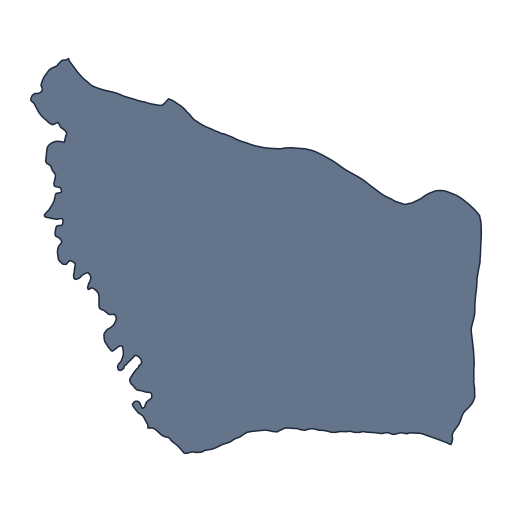 Chey Saen, Preah Vihéar, Cambodia (Equal Earth projection)
{"feature_id": "14789045B76871664968100", "entity_name": "Chey Saen", "entity_type": "district", "adm_level": 2, "iso_a3": "KHM", "parent_name": "Cambodia", "parent_adm1": "Preah Vihéar", "projection": "equal_earth", "projection_center": [105.306, 13.6], "detail": "fine", "context": "isolated", "style": "filled", "palette": "slate", "viewbox_px": 512, "rotation_deg": 0, "n_neighbors": 0, "source": "geoboundaries", "source_scale": "gbopen_adm2", "svg_char_len": 5923}
<svg xmlns="http://www.w3.org/2000/svg" viewBox="0 0 512 512"><path d="M68.5,58.6L67.2,59.4L64.7,60.1L62.5,60.2L60.9,61.3L59.8,62.3L56.7,66.0L51.2,68.4L49.2,69.9L44.1,76.8L42.6,80.0L41.2,84.1L41.0,85.4L42.3,88.5L42.2,90.4L40.8,92.2L38.9,93.3L34.4,93.6L32.2,95.5L31.2,97.8L30.7,99.6L31.1,100.8L34.1,103.4L37.3,109.6L39.0,112.6L41.3,115.7L43.8,118.1L45.8,119.8L47.6,121.6L50.3,123.7L52.3,124.7L54.2,124.2L56.0,123.2L57.8,122.6L59.0,124.0L60.7,127.4L62.8,128.8L65.0,130.6L66.1,131.8L66.5,133.2L66.6,134.3L65.7,135.9L65.4,137.6L64.8,140.0L64.5,142.0L64.0,142.4L62.6,141.9L59.3,141.4L56.4,141.3L52.8,142.3L50.2,144.0L48.4,145.6L47.4,147.3L46.9,149.6L45.6,161.4L47.0,163.6L48.4,164.2L49.6,165.1L50.8,166.2L51.7,168.7L52.6,170.7L53.9,172.5L55.0,173.9L55.6,175.3L54.6,180.5L53.9,183.3L54.0,184.9L54.4,186.0L55.3,186.5L59.8,187.5L60.6,188.1L61.0,189.2L61.5,191.3L61.3,192.1L60.8,192.6L59.1,192.8L56.2,193.4L55.6,194.4L54.0,201.0L52.8,203.6L50.7,207.1L48.9,209.9L46.3,212.5L45.2,213.9L44.3,215.2L44.7,216.4L45.9,217.2L48.4,217.6L51.2,218.4L57.1,219.3L60.1,218.6L62.1,218.7L63.2,220.1L63.0,220.9L62.9,222.2L62.4,224.3L61.7,225.3L58.3,225.6L56.8,226.1L56.2,227.1L55.6,229.1L55.0,233.6L55.3,235.4L55.9,236.2L57.0,236.9L58.0,237.1L59.6,238.3L61.1,240.2L61.7,241.4L61.2,243.2L59.3,245.4L58.3,247.1L57.7,249.2L57.4,251.3L57.6,253.5L58.2,258.1L58.6,259.9L60.2,261.8L63.0,264.2L64.9,264.4L66.5,264.1L68.6,261.5L70.5,260.6L73.7,262.2L75.4,264.0L74.9,266.2L74.5,268.8L74.2,272.5L73.6,274.6L73.6,276.1L73.8,278.1L74.7,279.0L75.9,279.4L78.5,278.5L79.9,277.7L81.9,275.4L85.5,273.2L88.0,272.7L89.9,274.8L90.6,276.3L90.8,278.3L89.8,281.7L88.7,283.4L88.1,285.8L87.6,287.4L87.9,288.5L88.3,289.4L89.2,289.4L90.8,288.1L92.4,288.0L94.0,288.8L95.9,290.4L98.1,292.8L98.6,294.2L99.0,296.8L99.0,306.5L99.9,308.6L101.9,309.8L103.5,310.1L107.1,312.9L108.7,314.3L110.2,314.5L111.5,314.5L113.1,314.3L114.4,314.4L115.4,315.7L116.2,317.0L116.2,319.3L115.8,320.8L113.8,324.7L110.6,327.6L107.1,329.6L105.8,331.2L104.5,332.9L103.9,334.8L104.1,337.1L104.2,339.0L104.5,340.5L105.2,342.3L108.4,347.2L111.4,350.8L112.4,351.1L113.7,350.3L116.5,348.2L118.3,346.7L120.1,345.8L121.6,346.0L122.5,347.0L123.0,349.4L123.5,353.7L122.5,357.7L120.8,361.8L119.0,363.6L118.1,364.9L117.5,366.8L118.4,369.9L120.1,370.4L121.5,370.2L124.0,368.0L123.9,366.9L124.5,365.6L126.0,364.9L127.2,363.3L131.9,358.8L135.0,355.4L137.5,355.9L139.8,357.8L141.2,359.9L141.7,362.5L140.6,364.3L138.9,365.7L138.2,367.8L136.5,369.2L133.6,372.9L130.1,378.4L129.7,380.4L130.5,382.7L131.2,384.0L132.7,385.2L134.9,388.0L136.3,389.4L137.7,390.2L141.7,390.8L145.5,392.0L147.5,392.3L149.5,392.3L151.0,393.2L151.5,393.8L151.8,395.6L151.6,397.9L150.6,398.8L148.4,400.4L146.6,402.0L145.6,404.0L144.9,406.3L143.8,407.9L142.8,408.0L141.9,408.0L141.5,406.9L140.0,403.3L138.9,401.9L138.2,401.4L137.2,401.2L135.6,401.2L134.4,401.7L133.8,402.3L132.7,403.7L132.4,404.5L133.1,406.2L135.2,409.2L136.9,410.9L137.8,412.5L141.7,415.0L143.1,416.1L147.3,423.8L148.1,426.0L147.8,427.2L147.9,427.9L148.8,428.1L150.8,428.0L152.5,428.1L154.2,428.7L155.3,429.4L156.7,430.6L161.0,434.6L163.0,436.0L165.4,436.9L168.6,437.5L170.1,439.0L171.1,440.4L172.7,441.9L174.6,443.3L177.0,445.2L178.7,446.9L181.3,449.7L183.7,452.7L185.2,453.4L186.9,453.2L188.9,452.8L191.1,452.0L192.8,451.9L196.7,452.5L201.4,452.1L203.2,451.3L204.8,450.4L210.2,449.5L212.2,449.1L214.5,448.3L218.5,446.5L222.0,444.7L223.6,444.1L229.3,442.3L231.3,441.3L232.4,440.4L235.1,438.7L239.9,437.0L243.7,434.3L246.9,432.4L251.9,431.4L265.0,430.1L269.0,430.6L272.7,431.5L277.1,431.9L280.6,430.1L285.0,428.1L288.5,428.0L292.7,428.4L297.5,428.6L300.5,429.7L304.7,430.3L310.7,428.7L314.7,429.0L318.5,430.2L323.0,430.4L326.3,430.9L331.4,432.3L335.0,432.4L340.3,431.5L345.5,431.7L350.3,431.3L354.8,432.4L359.5,432.4L363.2,431.5L365.9,432.1L374.0,432.6L381.9,433.6L385.0,432.8L388.0,432.7L392.9,434.4L395.6,434.1L399.7,432.9L401.9,432.8L405.0,433.5L407.7,433.7L407.9,433.1L410.3,432.9L414.0,433.0L419.8,433.3L422.3,433.8L433.2,437.7L442.9,441.2L446.8,442.7L449.3,444.0L450.9,444.5L452.2,441.4L452.6,439.0L452.3,436.6L452.4,433.9L453.4,431.8L455.0,429.6L456.7,427.4L458.5,424.8L460.0,421.6L461.0,419.1L461.8,416.5L463.1,413.5L464.6,411.4L469.3,406.8L471.1,404.7L472.7,402.4L473.9,399.6L474.8,397.0L474.6,392.2L474.6,388.9L473.8,382.3L473.5,381.1L473.9,380.5L473.8,368.5L474.1,365.4L474.2,363.1L474.0,360.5L474.0,359.2L473.9,358.1L473.9,356.2L473.6,353.1L473.5,350.5L471.5,333.3L471.3,331.9L471.2,328.7L471.7,326.3L473.9,317.9L474.1,316.5L474.7,314.0L474.6,313.3L474.8,310.9L474.9,306.3L474.8,304.9L475.7,294.5L476.4,289.1L476.8,284.6L477.0,279.0L478.8,268.1L479.7,263.9L480.1,261.5L480.0,260.4L480.5,253.0L480.7,246.5L481.3,235.0L481.2,227.2L480.9,222.0L479.5,215.4L473.9,208.9L471.3,206.6L469.1,204.5L461.6,198.5L459.0,196.8L456.2,195.2L447.3,191.7L443.5,190.7L441.0,190.5L437.2,190.6L434.8,191.1L428.8,193.5L426.0,195.0L423.0,197.0L421.3,198.4L418.8,199.7L411.6,203.1L408.4,203.6L407.6,204.0L404.6,204.4L395.2,201.3L391.0,198.9L386.6,196.9L381.9,194.2L370.3,185.5L363.3,180.0L358.1,176.8L349.9,172.2L346.2,170.2L342.5,167.7L336.0,163.0L332.5,160.7L321.7,154.6L315.5,151.7L311.8,150.4L307.4,149.3L303.7,148.7L294.9,148.0L290.6,147.7L285.2,148.0L280.3,148.8L271.0,148.4L267.2,147.9L266.3,148.1L255.6,145.9L251.2,144.6L246.0,142.7L240.8,141.1L237.2,139.7L232.2,137.1L227.7,135.4L223.5,133.6L222.0,133.8L219.2,132.4L214.3,130.4L210.9,128.8L206.3,127.0L202.5,125.0L199.6,123.3L194.4,119.9L192.2,117.7L190.0,114.9L186.9,111.9L185.0,109.6L181.2,106.1L178.9,104.7L174.3,101.5L171.7,100.1L168.7,98.9L168.0,99.4L165.5,102.2L164.1,103.7L162.7,104.8L160.9,105.5L158.2,105.2L155.4,104.6L151.7,104.0L147.6,103.0L144.8,102.0L142.5,101.7L137.6,100.4L133.2,98.9L125.8,96.8L123.2,95.9L120.0,94.5L116.5,93.1L111.7,91.8L105.3,90.4L99.8,88.8L94.7,87.0L91.7,85.5L89.8,84.1L87.8,82.2L83.4,78.6L80.5,75.5L77.6,72.1L71.4,63.8L69.4,60.9L68.5,58.6Z" fill="#64748b" stroke="#1e293b" stroke-width="1.5"/></svg>